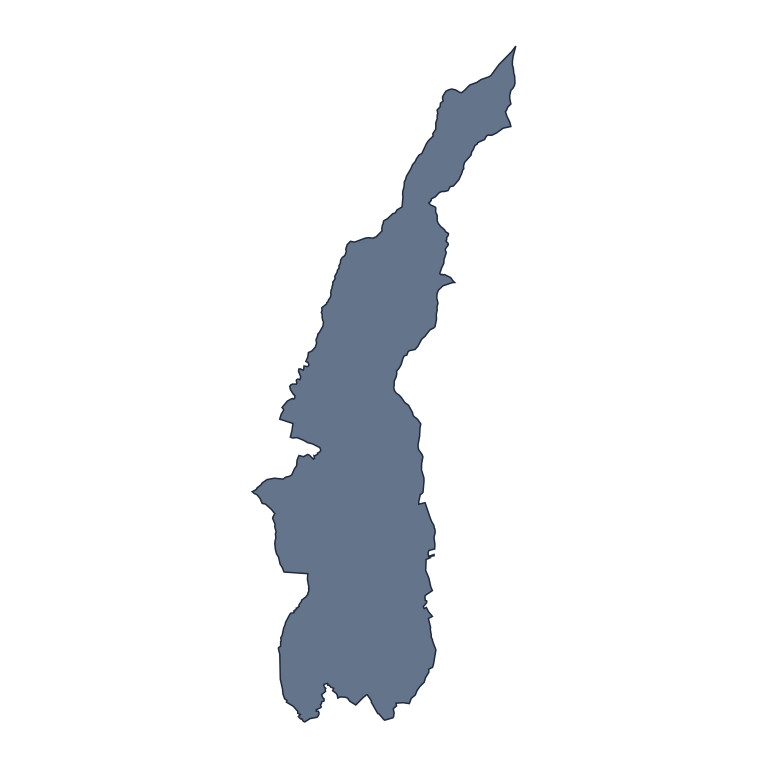 outline of Musetesti, Gorj, Romania
{"feature_id": "2599482B16090003119204", "entity_name": "Musetesti", "entity_type": "district", "adm_level": 2, "iso_a3": "ROU", "parent_name": "Romania", "parent_adm1": "Gorj", "projection": "albers", "projection_center": [23.469, 45.217], "detail": "fine", "context": "isolated", "style": "filled", "palette": "slate", "viewbox_px": 768, "rotation_deg": 0, "n_neighbors": 0, "source": "geoboundaries", "source_scale": "gbopen_adm2", "svg_char_len": 6103}
<svg xmlns="http://www.w3.org/2000/svg" viewBox="0 0 768 768"><path d="M433.5,664.2L435.9,649.9L432.5,640.8L432.5,639.8L431.2,637.0L431.3,635.3L430.3,629.3L430.6,627.6L428.4,618.5L432.4,616.4L428.5,611.7L426.4,607.5L424.2,608.6L423.3,606.6L426.6,602.8L426.7,600.9L425.3,600.5L424.9,596.2L425.6,595.2L432.4,590.6L430.8,586.9L428.9,578.2L425.7,570.6L426.1,559.5L429.9,557.9L429.0,557.6L428.8,556.7L434.1,555.7L434.0,554.5L429.2,556.2L428.2,555.1L428.2,552.4L429.0,550.4L434.7,549.0L434.9,544.3L434.0,537.4L435.2,532.4L434.9,529.0L434.4,528.5L433.8,525.2L431.8,521.9L430.2,517.9L425.1,502.7L418.7,504.2L418.8,501.6L420.3,494.4L421.7,493.8L423.0,492.3L424.0,481.1L423.9,477.7L421.5,470.0L421.6,463.8L422.9,456.8L422.0,454.4L418.7,449.8L418.1,446.9L418.1,444.3L419.6,436.2L420.0,427.9L420.8,424.0L417.6,419.3L413.8,416.4L412.7,414.1L412.6,412.7L408.5,405.2L404.8,402.6L401.3,397.4L399.3,395.3L396.3,393.2L394.7,391.0L393.7,387.7L394.2,385.3L394.2,381.2L396.1,377.1L396.8,373.6L396.5,371.3L398.9,368.5L401.1,364.8L403.0,358.3L404.3,355.8L406.8,355.1L408.0,351.9L409.3,350.7L415.0,349.5L417.8,346.4L421.8,339.0L424.9,336.4L430.0,329.8L433.5,328.1L435.0,326.7L436.5,319.4L436.3,314.0L437.2,310.2L437.0,306.7L438.0,303.3L436.8,298.0L437.0,294.0L438.3,290.3L442.8,285.9L452.2,282.7L454.7,282.5L453.0,280.9L450.7,277.6L444.6,274.6L443.5,274.9L442.0,274.3L441.2,274.8L439.7,273.6L441.6,268.0L443.8,263.3L444.0,259.6L446.3,252.6L445.3,250.3L445.5,248.7L448.2,245.0L448.1,243.3L445.9,241.0L446.7,239.8L446.7,237.5L448.2,235.5L448.5,233.8L447.9,233.0L445.5,231.7L444.6,229.8L440.5,226.3L438.1,223.2L437.2,220.5L437.2,215.4L435.6,211.9L435.8,207.9L435.0,206.9L430.5,204.9L428.8,202.8L430.6,201.5L430.7,200.6L431.2,200.4L431.3,199.1L431.9,198.6L435.2,196.9L439.3,192.6L442.2,191.4L443.9,191.6L448.0,190.6L450.2,186.6L453.4,186.0L458.8,179.8L461.7,173.5L462.7,170.1L463.8,168.6L463.5,166.3L464.6,162.4L471.0,155.2L471.7,151.9L473.2,149.7L475.0,145.4L477.0,144.2L478.1,142.4L484.5,139.6L486.4,136.2L487.8,135.1L491.7,135.3L496.3,133.1L503.1,128.2L510.9,126.5L509.7,122.0L507.0,116.5L505.4,111.6L506.4,110.6L507.8,107.0L510.9,104.0L509.8,99.0L509.7,95.4L511.0,90.1L512.7,88.6L514.4,85.6L515.0,83.0L514.6,75.7L513.8,73.4L513.3,67.9L512.4,65.0L512.4,61.3L513.2,55.9L515.8,46.1L511.6,51.7L499.0,64.5L491.0,75.4L489.2,76.7L481.1,79.5L476.9,82.4L469.7,85.0L464.8,90.1L461.6,92.7L459.8,92.4L455.6,89.9L451.7,89.0L448.4,89.9L445.8,91.3L442.7,96.4L442.5,98.4L443.2,100.9L440.4,103.3L440.1,106.9L437.1,110.0L437.8,113.8L437.2,115.0L437.2,118.7L435.8,122.7L435.8,129.1L432.8,133.7L433.1,136.1L428.3,140.8L426.3,143.9L421.9,153.4L418.9,155.2L416.4,158.9L415.2,161.6L412.5,164.7L410.9,168.7L406.5,176.1L405.4,180.0L404.4,181.5L404.0,187.2L402.8,191.2L402.6,194.8L403.0,196.7L402.0,207.0L397.0,209.9L395.3,212.9L392.7,213.7L387.7,218.5L383.9,220.7L383.2,222.1L383.3,223.4L382.5,224.9L381.8,228.3L382.0,230.9L375.9,237.1L374.5,237.3L373.4,238.2L368.6,237.7L365.3,238.1L354.6,242.1L350.5,241.3L347.2,244.6L345.8,249.1L346.3,251.3L345.3,254.5L344.6,255.8L342.5,257.2L340.7,259.9L340.3,263.4L339.0,265.5L339.0,268.1L337.5,270.1L337.0,272.3L334.8,276.3L335.0,279.1L332.8,282.0L332.8,285.0L332.1,286.1L331.9,288.7L331.2,289.8L330.7,292.8L331.0,295.2L330.2,297.6L328.4,300.0L328.0,301.6L326.7,302.7L326.5,304.0L321.8,307.7L322.0,310.8L321.3,312.4L322.2,314.4L322.1,317.2L322.7,320.3L323.5,321.9L322.9,326.2L319.3,332.5L317.7,334.2L317.7,335.6L316.0,339.9L316.6,343.1L315.4,347.0L311.8,351.0L308.4,352.6L307.8,357.0L305.8,361.5L307.9,362.4L308.9,364.7L308.8,365.5L307.7,366.6L304.0,366.0L303.7,369.4L303.1,370.2L300.5,368.9L298.9,369.0L298.5,371.3L300.7,376.7L300.0,379.6L297.7,379.1L296.7,379.7L296.3,380.6L296.8,383.3L296.4,384.1L292.5,384.1L290.6,385.0L289.7,386.5L290.1,387.3L290.1,388.8L291.2,390.9L293.5,394.6L294.0,394.6L294.9,395.7L294.6,398.3L293.7,399.2L292.8,398.5L291.5,398.8L287.3,401.1L282.0,407.5L283.5,409.3L283.6,410.3L281.2,414.2L279.7,419.2L293.0,423.5L291.9,430.9L290.3,437.1L292.6,438.0L297.1,437.6L303.8,440.4L307.5,442.6L312.3,443.8L319.8,447.6L320.8,450.2L319.8,451.9L317.5,453.1L317.5,454.3L314.8,455.8L314.1,455.6L314.4,456.4L314.0,457.1L314.6,458.1L313.6,459.1L313.0,458.9L309.6,455.3L307.7,454.4L303.5,456.7L299.0,455.5L297.1,459.9L296.6,465.8L294.5,468.7L291.6,475.1L289.1,476.4L285.8,477.1L283.1,479.1L274.4,478.2L267.0,479.6L262.1,483.0L261.1,484.7L256.9,488.1L256.3,489.5L252.2,491.7L254.3,493.5L257.1,494.8L260.0,498.4L262.2,503.4L265.2,504.0L266.5,505.0L271.3,509.3L274.8,513.7L273.0,516.8L272.6,518.3L275.0,524.1L274.8,527.0L276.1,531.7L275.4,534.0L275.9,538.1L275.2,540.3L274.8,543.3L275.3,548.9L276.5,553.8L278.6,557.2L280.1,564.1L282.2,567.4L284.0,572.0L307.8,573.7L307.4,579.2L309.0,588.2L308.6,588.5L308.8,591.1L307.9,592.9L307.8,594.3L305.7,597.1L301.6,600.1L301.4,601.4L299.1,604.6L299.1,606.3L298.6,606.3L298.1,607.5L296.3,608.1L296.5,609.0L295.3,609.7L294.6,611.0L293.8,611.0L294.1,612.4L293.1,613.0L291.0,613.0L289.8,614.4L285.4,622.7L285.3,624.1L283.6,628.3L282.1,635.6L280.8,637.7L281.1,640.9L280.6,641.6L280.6,646.3L278.6,647.6L278.4,648.8L279.8,654.3L280.3,679.2L282.5,689.1L283.0,694.2L284.7,698.9L286.9,700.4L286.4,702.1L293.3,706.3L297.8,711.4L297.7,713.3L300.3,714.5L298.4,716.5L299.4,717.8L301.0,719.1L301.8,718.8L303.3,721.3L304.8,721.9L310.1,718.6L317.0,717.3L317.7,716.7L318.9,714.4L319.0,712.6L318.3,711.2L316.3,711.2L316.2,709.8L321.0,707.5L321.2,706.8L320.4,704.7L321.5,703.7L321.6,701.9L324.1,700.9L324.0,698.6L322.9,697.9L321.6,694.7L325.5,691.4L325.2,689.1L325.8,688.3L324.4,687.0L323.7,685.0L324.0,684.4L327.2,683.4L327.7,683.5L327.7,685.1L329.4,685.3L330.7,687.1L333.7,688.3L332.6,690.7L336.3,693.5L337.3,695.3L337.8,698.1L340.4,696.9L345.2,697.2L347.6,698.1L349.7,701.2L355.8,705.0L363.2,697.5L366.6,694.8L367.3,694.8L371.5,701.0L371.2,702.0L377.8,713.6L378.8,713.7L383.8,719.6L384.7,720.2L392.9,717.8L393.6,716.8L394.1,712.6L393.3,709.3L394.1,707.9L396.5,706.0L396.0,703.2L403.2,702.7L409.3,703.6L411.3,698.3L415.2,695.1L417.1,690.5L419.7,686.7L424.2,682.2L425.5,677.7L428.8,672.3L428.9,669.1L432.5,667.4L433.5,664.2Z" fill="#64748b" stroke="#1e293b" stroke-width="1.5"/></svg>